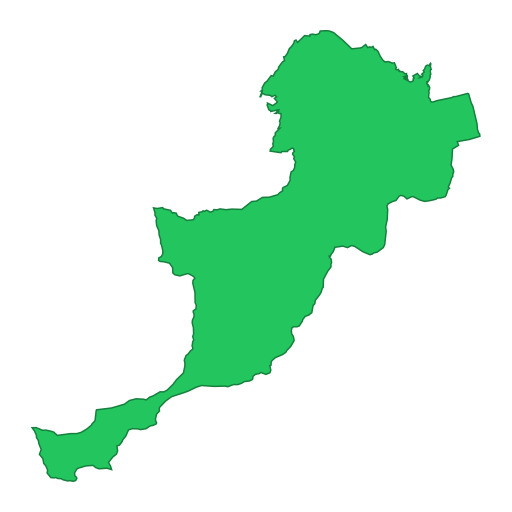 Sadu, Sibiu, Romania (Robinson projection)
{"feature_id": "2599482B14009077199366", "entity_name": "Sadu", "entity_type": "district", "adm_level": 2, "iso_a3": "ROU", "parent_name": "Romania", "parent_adm1": "Sibiu", "projection": "robinson", "projection_center": [24.148, 45.645], "detail": "fine", "context": "isolated", "style": "filled", "palette": "green", "viewbox_px": 512, "rotation_deg": 0, "n_neighbors": 0, "source": "geoboundaries", "source_scale": "gbopen_adm2", "svg_char_len": 5948}
<svg xmlns="http://www.w3.org/2000/svg" viewBox="0 0 512 512"><path d="M458.5,145.4L457.3,141.6L469.4,139.5L479.9,136.3L479.6,133.8L478.5,132.8L477.4,128.9L477.0,123.7L472.9,106.3L471.2,102.8L468.6,93.8L467.4,93.5L455.7,96.6L453.7,96.6L451.7,97.6L437.1,100.6L432.7,102.1L430.8,101.7L430.0,99.0L428.5,97.2L429.1,92.4L428.6,90.8L429.4,89.7L429.7,87.7L429.1,86.1L428.1,86.3L428.2,84.8L427.5,84.7L426.6,83.3L427.6,82.7L427.0,81.7L428.3,81.3L429.3,79.9L430.2,76.9L430.1,75.3L430.8,74.2L430.3,71.7L430.5,69.7L431.2,69.4L430.4,66.5L430.8,63.7L430.5,63.3L428.9,65.6L427.2,65.1L425.6,66.3L424.6,69.1L423.3,70.6L424.2,72.1L421.7,74.2L422.9,75.2L422.1,77.1L419.7,77.6L421.2,76.3L419.6,76.1L417.3,73.5L412.9,76.0L414.1,77.9L413.1,78.9L413.3,80.8L410.4,82.1L404.1,78.7L405.3,77.8L403.8,76.7L405.9,76.1L406.3,76.3L405.9,76.7L406.4,78.3L406.1,78.7L406.8,79.5L407.8,79.5L406.9,77.6L407.4,77.0L407.3,75.6L406.3,74.8L406.5,73.6L404.9,73.8L402.8,71.8L399.7,71.5L399.6,70.8L398.7,70.8L398.5,69.4L396.9,69.9L395.7,69.3L395.5,68.8L396.4,67.7L394.4,62.8L392.4,63.1L388.6,61.6L385.0,61.9L382.8,60.1L380.2,56.2L377.9,51.2L375.7,49.2L374.6,49.7L373.0,46.4L371.1,47.5L369.9,46.8L367.7,47.6L365.7,44.5L361.8,47.5L360.1,48.0L351.7,48.8L343.2,40.6L333.6,32.6L329.4,31.0L326.2,30.7L320.2,31.0L319.3,33.2L318.1,34.1L315.6,34.7L312.4,34.1L310.0,34.6L309.9,36.1L304.6,35.6L297.6,42.4L296.0,40.0L294.4,40.8L293.8,43.3L291.1,47.0L289.4,48.5L287.3,53.5L285.1,56.6L283.7,56.8L284.5,60.7L282.5,61.9L281.2,63.6L278.6,67.1L278.5,68.5L277.6,69.9L275.4,71.7L273.1,76.2L271.2,75.6L267.1,81.1L264.7,83.0L262.2,87.6L262.3,90.1L260.9,91.1L262.1,91.4L260.1,96.7L260.7,96.8L262.3,93.2L265.0,94.7L270.3,95.4L271.9,96.7L275.1,95.2L276.5,96.8L274.4,98.4L277.2,101.6L276.9,102.6L272.8,105.6L267.5,103.1L267.7,104.2L267.1,104.9L267.6,106.5L268.9,109.8L270.4,110.6L270.7,111.5L279.7,109.5L276.3,110.7L278.2,111.4L275.2,113.4L276.3,113.5L278.1,112.4L279.0,113.5L281.0,113.6L281.0,117.3L279.5,121.2L280.2,123.0L279.5,125.7L278.1,128.4L279.9,128.2L275.3,132.8L275.2,135.6L274.0,136.5L273.1,138.4L273.5,141.4L272.8,143.8L273.3,146.3L270.4,149.4L270.1,151.1L281.0,152.7L281.9,151.5L287.5,151.5L288.3,150.0L290.6,149.2L291.4,148.3L293.1,148.3L294.0,149.7L293.7,150.1L294.4,151.3L292.9,152.8L292.6,154.2L294.5,156.8L293.7,158.6L295.7,162.1L294.8,164.6L294.7,167.4L293.4,170.4L291.1,172.0L290.0,177.3L290.1,180.4L287.3,185.5L283.0,187.6L282.5,188.5L282.5,191.0L279.8,192.6L277.8,194.7L269.3,197.2L262.4,197.4L256.4,201.1L251.7,201.5L241.8,209.4L231.9,209.1L225.9,209.7L220.1,208.9L217.1,209.8L213.8,209.6L212.8,211.4L210.3,212.1L206.7,210.2L204.3,211.3L203.1,210.8L202.1,211.8L198.8,212.4L198.9,214.9L196.8,214.8L194.6,216.3L194.5,218.1L193.2,219.8L186.6,220.4L183.6,218.2L178.0,216.3L177.2,215.5L176.3,213.2L173.7,212.6L172.5,213.1L170.4,210.3L163.6,208.8L162.7,207.6L157.2,208.5L153.5,207.9L155.0,212.6L155.0,215.2L156.8,218.5L156.1,220.7L156.7,225.7L158.8,230.6L159.2,235.3L160.6,239.5L160.6,243.3L161.5,245.0L162.8,250.6L162.8,253.5L162.4,254.6L161.3,256.5L158.7,258.0L158.6,260.5L160.3,261.5L163.6,261.7L169.5,263.2L172.6,267.6L172.8,272.9L174.7,274.7L179.8,275.9L187.4,273.6L188.6,273.8L192.4,275.7L194.3,277.2L194.8,278.2L193.0,280.4L192.8,283.3L195.0,292.6L195.1,302.6L196.3,305.2L195.9,308.9L193.2,310.9L193.3,312.5L194.0,313.8L194.0,316.7L192.4,320.2L192.2,322.9L193.4,327.7L193.6,334.0L192.7,336.5L193.7,339.9L192.8,341.6L192.1,345.8L192.8,348.2L192.6,349.3L190.7,350.6L188.1,354.0L186.1,355.5L184.7,359.0L184.3,360.4L184.9,362.7L184.9,365.8L183.4,373.0L176.4,379.8L173.0,384.4L167.1,390.2L163.7,391.9L160.1,391.8L152.7,396.1L149.7,397.1L146.3,399.9L143.4,399.2L136.1,398.8L129.4,400.5L124.4,404.2L111.4,408.0L96.6,409.8L96.2,410.5L95.1,420.2L94.6,421.2L91.9,424.0L91.4,425.2L86.8,429.0L81.1,432.4L76.8,433.6L70.6,433.6L57.3,435.4L53.7,432.1L50.9,431.2L45.9,430.1L42.6,430.3L36.2,427.6L32.1,427.7L34.6,431.2L36.4,435.3L36.5,437.5L38.5,440.9L38.8,443.5L41.2,449.5L39.4,454.4L42.8,458.5L43.8,463.6L45.7,465.6L47.3,469.3L47.6,470.6L47.1,473.0L50.8,477.6L54.1,477.9L55.7,477.5L57.9,478.5L61.2,478.7L62.8,479.7L67.9,481.0L69.4,480.6L73.3,481.3L75.7,480.5L76.8,478.5L76.6,477.5L74.8,475.6L74.6,472.8L76.9,468.9L78.7,468.0L86.0,465.9L93.1,465.4L95.9,467.7L99.0,468.8L106.9,468.2L111.6,469.6L110.5,466.0L108.5,462.5L112.9,456.9L116.5,454.1L117.6,450.7L116.9,445.9L119.5,445.1L122.2,441.5L122.7,439.9L125.8,436.1L128.5,429.9L132.3,428.7L138.1,428.9L140.4,429.6L146.0,428.7L150.2,425.9L153.3,425.3L156.3,423.8L156.6,422.8L155.7,421.0L155.5,418.9L156.6,414.1L159.5,411.0L159.2,409.0L159.6,407.3L165.8,400.9L171.5,396.7L187.5,391.4L196.5,387.1L201.5,385.5L214.5,386.4L224.8,386.1L227.8,386.7L233.3,384.6L237.7,384.6L241.3,383.4L244.3,381.6L249.3,381.0L252.0,379.8L252.7,379.0L253.0,376.3L255.5,374.3L259.2,373.6L260.9,372.5L265.9,374.4L269.9,372.8L270.8,370.1L269.8,365.6L271.0,365.2L271.2,362.1L271.9,360.7L275.2,357.7L282.5,354.6L285.8,352.3L286.8,350.5L290.8,346.3L293.7,341.4L294.1,340.6L293.7,337.9L293.1,336.0L291.7,334.0L291.3,330.2L292.1,327.6L293.6,326.8L296.9,326.8L299.2,326.0L302.3,321.3L302.8,319.5L305.2,316.4L308.7,315.1L311.8,312.7L313.1,305.4L314.8,303.8L315.3,300.3L319.7,294.7L321.2,292.0L322.3,288.3L323.2,287.4L323.5,279.2L327.7,271.3L331.0,266.9L330.9,264.4L331.6,262.5L331.1,259.2L329.3,257.0L329.2,256.0L330.5,256.1L331.3,254.0L333.2,251.7L334.9,247.3L342.9,246.1L347.5,247.6L351.1,245.7L352.2,245.7L354.9,246.5L362.8,251.7L370.0,254.7L372.5,254.0L373.4,253.0L377.1,252.2L383.3,247.6L384.7,244.6L386.2,231.3L385.6,226.9L387.2,219.9L387.7,209.6L386.9,205.9L388.2,203.8L392.1,201.7L395.9,200.5L399.1,196.2L400.7,195.4L403.9,196.1L407.0,198.9L411.3,196.8L413.1,196.6L420.3,200.2L424.8,201.4L430.7,200.5L436.0,199.2L437.5,198.0L440.6,198.0L445.1,196.7L446.2,195.0L448.0,189.5L449.5,188.2L448.4,187.2L448.5,186.4L450.1,183.2L451.7,177.6L452.8,176.5L452.8,174.2L453.7,171.8L453.2,169.2L451.1,165.1L452.0,158.4L452.5,149.0L458.5,145.4Z" fill="#22c55e" stroke="#15803d" stroke-width="1.5"/></svg>